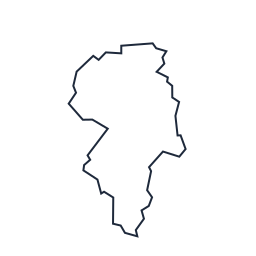 the Region of Al Madinah, rotated 219°
{"feature_id": "SAU-845", "entity_name": "Al Madinah", "entity_type": "Region", "adm_level": 1, "iso_a3": "SAU", "parent_name": "Saudi Arabia", "parent_adm1": "", "projection": "natural_earth1", "projection_center": [39.015, 24.943], "detail": "coarse", "context": "isolated", "style": "outline", "palette": "slate", "viewbox_px": 256, "rotation_deg": 219, "n_neighbors": 0, "source": "natural_earth", "source_scale": "10m", "svg_char_len": 729}
<svg xmlns="http://www.w3.org/2000/svg" viewBox="0 0 256 256"><g transform="rotate(219 128 128)"><path d="M104.7,180.4L98.8,167.3L84.8,153.4L82.5,155.4L70.0,147.9L70.1,138.0L86.0,131.7L87.0,110.8L82.9,109.0L74.0,91.7L65.7,89.3L62.8,80.5L65.6,72.5L58.5,67.5L57.7,53.6L52.6,49.7L64.4,44.6L72.3,47.6L79.4,44.2L95.7,64.7L106.5,63.4L107.6,60.2L119.3,68.7L136.0,67.0L138.8,71.6L137.4,79.5L142.2,81.3L143.3,114.7L161.0,112.1L168.3,106.0L189.4,109.6L190.6,122.7L197.0,126.3L203.4,139.5L200.4,162.2L193.7,162.5L192.8,172.8L180.2,181.8L185.0,187.7L162.1,209.3L156.3,207.7L146.5,211.8L145.6,204.5L140.3,200.9L141.1,189.7L128.9,192.4L126.8,188.6L120.2,188.6L112.8,179.6L104.7,180.4Z" fill="none" stroke="#1e293b" stroke-width="2"/></g></svg>